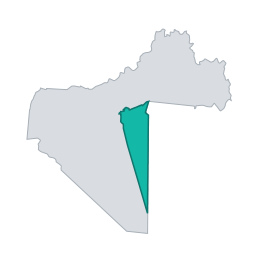 Goundam, Timbuktu, Mali shown in context, rotated 186°
{"feature_id": "8926073B20620148277365", "entity_name": "Goundam", "entity_type": "district", "adm_level": 2, "iso_a3": "MLI", "parent_name": "Mali", "parent_adm1": "Timbuktu", "projection": "robinson", "projection_center": [-4.645, 19.527], "detail": "fine", "context": "in_parent", "style": "filled", "palette": "teal", "viewbox_px": 256, "rotation_deg": 186, "n_neighbors": 0, "source": "geoboundaries", "source_scale": "gbopen_adm2", "svg_char_len": 6569}
<svg xmlns="http://www.w3.org/2000/svg" viewBox="0 0 256 256"><g transform="rotate(186 128 128)"><path d="M38.8,199.5L38.9,198.4L38.1,197.7L38.1,197.4L38.5,194.3L38.5,193.6L38.8,192.0L38.3,191.4L38.2,190.8L36.9,188.9L36.5,187.2L35.9,186.1L34.4,185.8L33.9,186.7L33.5,186.9L33.0,186.2L32.7,185.6L32.8,185.1L30.8,182.5L31.0,181.1L31.7,180.3L32.0,179.1L31.3,177.7L31.4,176.4L31.3,174.5L30.2,172.9L29.5,172.2L28.8,171.1L29.3,168.4L28.2,166.2L30.3,167.1L31.4,166.3L32.3,165.1L33.2,163.6L33.6,161.8L33.7,160.2L34.6,157.7L35.6,156.5L37.7,154.7L38.3,154.9L41.7,158.6L43.7,160.5L44.4,161.5L45.0,161.5L46.0,159.7L47.0,158.1L47.5,157.7L50.9,157.5L52.7,157.8L54.3,158.2L56.6,158.4L62.6,157.2L62.7,156.5L62.6,155.6L62.8,154.9L63.3,154.3L63.8,154.2L63.9,156.3L64.4,156.6L65.8,156.7L110.2,156.7L112.0,145.8L108.8,141.9L97.5,25.2L118.5,25.2L122.2,27.9L190.0,79.1L190.4,80.8L190.3,83.0L190.8,83.7L191.8,84.5L195.7,86.7L196.0,87.1L196.1,88.0L196.6,89.1L197.4,89.8L198.4,90.3L199.5,90.6L203.0,90.9L203.8,91.5L205.3,93.5L206.1,93.9L210.8,95.0L212.4,95.5L214.0,96.4L214.9,97.3L214.9,100.4L215.6,102.5L215.6,103.0L214.9,103.9L214.7,104.5L213.8,106.1L214.0,106.8L215.7,108.0L216.5,108.4L217.4,108.4L227.3,106.2L227.8,135.9L227.4,136.4L227.2,141.7L226.5,144.8L225.3,147.1L224.5,150.5L224.0,151.1L223.7,153.1L222.9,154.2L221.7,154.7L219.4,156.9L219.2,158.6L213.8,157.6L213.5,157.7L213.2,157.9L213.1,158.8L199.3,159.4L192.6,159.8L188.3,163.8L185.6,164.2L182.1,163.8L180.3,163.8L179.6,164.1L179.5,164.8L174.0,162.7L172.0,163.4L171.6,163.2L171.4,162.7L170.4,162.5L168.8,162.6L167.7,162.9L164.2,166.1L162.3,166.9L158.8,168.7L156.4,170.4L155.5,170.7L154.1,170.7L153.0,171.1L152.0,174.7L151.3,175.1L147.1,173.6L146.3,173.8L145.6,174.2L143.3,176.4L142.1,178.1L141.5,180.3L141.6,181.8L141.2,182.3L140.1,182.4L138.2,181.9L137.6,182.1L137.3,183.2L137.4,185.7L136.9,187.4L135.8,187.9L134.9,188.5L134.2,188.7L133.6,188.6L130.2,186.1L129.1,185.7L127.9,185.9L126.6,187.0L124.5,189.6L124.7,190.5L125.3,191.6L125.7,192.9L125.7,194.1L122.6,195.8L123.4,197.0L123.3,200.4L121.9,201.9L121.4,202.9L120.0,204.0L118.8,204.6L115.1,205.5L113.5,206.6L112.8,207.5L112.7,208.4L112.8,209.5L113.6,211.7L113.3,213.7L112.7,216.1L112.1,217.1L110.4,218.3L110.6,219.9L110.8,222.1L110.5,224.9L110.0,226.9L109.6,226.7L107.9,226.8L106.1,227.4L105.4,227.8L105.3,228.5L103.7,230.1L102.7,230.0L101.8,229.5L101.3,229.1L101.2,228.9L101.8,227.6L101.8,227.2L101.3,225.0L101.4,224.5L101.1,222.8L101.0,222.7L99.0,223.5L98.9,223.8L99.2,224.8L99.0,225.0L98.3,225.0L97.3,224.6L96.2,223.7L95.9,224.0L95.8,224.8L95.8,225.7L96.0,227.3L95.7,227.9L94.0,227.8L92.6,228.0L92.3,228.6L92.1,229.3L92.4,230.0L92.4,230.3L91.8,230.8L91.5,230.8L90.7,229.9L87.6,229.2L87.3,228.0L87.0,228.0L85.9,226.7L85.5,226.7L85.2,226.9L84.0,226.8L82.9,228.0L82.1,229.5L81.2,230.2L79.9,230.5L80.1,229.6L79.7,228.3L77.0,226.7L76.6,226.0L75.9,222.4L75.9,221.3L76.1,220.4L76.1,219.6L75.8,219.0L75.0,218.5L74.1,218.2L73.0,219.0L72.5,219.1L72.0,219.0L71.8,218.8L71.8,218.4L73.0,216.5L73.6,215.7L74.7,214.7L75.0,214.2L75.0,213.8L74.9,213.6L74.2,213.2L73.0,212.3L72.3,212.2L71.8,211.8L71.3,210.4L71.0,210.1L70.4,209.9L69.9,209.6L70.0,206.1L68.8,203.6L67.8,200.3L67.3,199.5L66.3,198.9L65.2,198.4L64.2,198.3L63.0,198.6L63.0,199.0L63.7,200.0L63.8,200.6L63.7,201.2L63.4,201.5L61.9,201.9L59.8,203.1L59.1,204.5L58.6,204.7L57.8,204.5L52.3,202.1L50.0,203.2L48.5,205.2L48.1,205.9L47.4,206.5L47.0,206.5L46.6,206.1L45.0,203.0L44.3,202.2L43.4,202.2L42.7,202.7L41.9,203.8L40.9,204.7L40.3,205.0L39.8,204.9L37.5,202.8L37.4,202.3L38.4,199.9L38.8,199.5Z" fill="#d9dde1" stroke="#a8b0b8" stroke-width="1"/><path d="M113.6,154.2L113.9,154.0L114.2,153.6L114.3,153.5L114.4,153.4L114.6,153.1L115.0,152.7L115.4,152.4L115.6,152.2L115.8,151.9L115.9,152.0L116.0,152.0L116.3,152.2L116.5,152.2L116.6,152.3L116.7,152.2L117.0,152.2L117.3,152.1L117.5,152.0L117.6,151.9L117.9,151.8L117.9,151.7L118.0,151.7L118.3,151.6L118.5,151.4L118.8,151.3L118.9,151.2L119.0,151.2L119.4,151.0L119.4,150.9L119.5,150.9L119.8,150.7L120.0,150.6L120.3,150.5L120.4,150.4L120.6,150.3L120.7,150.2L120.8,150.1L121.0,150.1L121.3,149.9L121.5,149.8L121.6,149.7L121.8,149.6L122.0,149.5L122.1,149.4L122.3,149.3L122.6,149.2L122.8,149.1L123.0,149.0L123.1,148.9L123.3,148.9L123.5,148.7L123.8,148.6L124.0,148.5L124.1,148.4L124.3,148.4L124.5,148.2L124.8,148.1L125.0,148.0L125.2,147.9L125.3,147.8L125.5,147.7L125.8,147.5L125.9,147.4L126.0,147.4L126.3,147.3L126.3,147.2L126.5,147.1L126.8,146.9L127.0,146.8L127.2,146.7L127.3,146.7L127.6,146.5L127.7,146.4L127.9,146.3L128.0,146.3L128.1,146.2L128.3,146.2L128.5,146.1L128.8,146.2L128.8,146.3L128.8,146.6L128.9,146.8L128.9,147.0L129.0,147.3L129.3,147.4L129.3,147.5L129.5,147.6L129.8,147.7L130.0,147.7L130.3,147.8L130.5,147.8L130.8,147.8L131.0,148.0L131.3,148.1L131.6,148.1L131.8,148.1L132.1,148.2L132.3,147.9L132.7,147.7L133.2,147.4L133.2,147.2L133.3,146.4L133.6,146.0L133.9,146.1L134.3,146.2L134.5,146.0L134.2,145.7L133.8,145.4L133.9,145.2L133.7,144.8L133.7,144.5L133.9,144.4L134.1,144.3L134.5,144.4L134.8,144.3L135.2,144.2L135.6,143.8L135.9,143.7L136.4,143.5L136.6,143.3L137.0,143.5L137.2,143.0L137.3,142.8L137.9,142.2L138.1,141.9L138.3,141.8L138.3,141.5L138.3,141.1L138.0,141.2L137.8,141.2L137.5,141.2L137.2,141.2L136.9,141.1L136.6,141.2L136.4,141.0L136.5,140.8L136.6,140.5L136.6,140.2L136.6,139.8L136.4,139.4L136.3,139.1L136.2,138.7L136.1,137.5L135.9,133.5L134.4,132.2L133.1,131.3L132.9,130.3L132.7,128.8L132.6,127.3L126.7,110.9L114.6,81.6L110.6,71.9L99.7,45.2L99.9,47.4L100.3,51.0L100.4,51.8L100.5,52.8L100.6,54.9L100.9,57.6L101.2,60.2L101.5,63.5L101.8,66.7L101.9,68.2L102.2,71.0L102.5,73.5L102.7,76.2L103.0,79.2L103.1,80.4L103.1,80.6L103.2,81.5L103.5,84.2L103.7,86.9L104.0,89.7L104.4,93.4L104.4,93.7L104.4,93.8L104.4,94.5L104.4,95.1L104.7,97.8L104.8,98.8L104.8,99.0L105.0,100.4L105.2,103.1L105.4,104.6L105.5,105.6L105.5,106.2L105.7,108.2L105.8,109.3L106.0,110.9L106.1,112.4L106.3,113.9L106.4,115.4L106.6,116.9L106.6,117.7L106.7,118.6L107.0,120.9L107.1,122.1L107.2,123.4L107.4,125.0L107.5,126.7L107.7,128.2L107.8,129.6L108.0,131.3L108.1,133.1L108.3,134.8L108.4,135.9L108.4,136.1L108.6,138.0L108.7,139.1L108.8,140.9L109.0,142.2L109.0,142.9L110.6,143.9L112.3,145.2L112.3,145.5L112.2,146.1L112.0,147.2L111.9,147.8L111.6,149.5L111.5,149.8L111.4,150.7L111.3,150.9L111.2,151.4L111.0,152.6L111.0,152.8L110.9,152.9L110.9,153.0L110.7,154.3L110.4,155.7L110.2,156.6L110.4,156.5L111.1,156.3L112.1,155.9L112.3,155.8L112.3,155.7L112.5,155.5L112.6,155.4L112.7,155.2L112.8,155.2L113.0,155.0L113.0,154.9L113.2,154.7L113.3,154.7L113.5,154.4L113.6,154.2Z" fill="#14b8a6" stroke="#0f766e" stroke-width="1.5"/></g></svg>